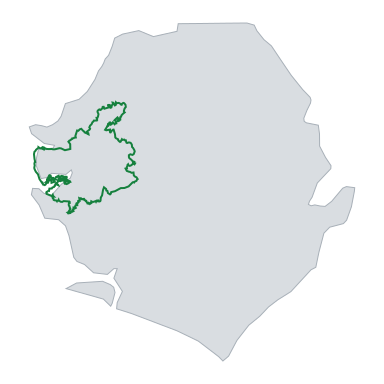 location of Port Loko, Northern, Sierra Leone
{"feature_id": "65957751B90762568654783", "entity_name": "Port Loko", "entity_type": "district", "adm_level": 2, "iso_a3": "SLE", "parent_name": "Sierra Leone", "parent_adm1": "Northern", "projection": "albers", "projection_center": [-12.858, 8.766], "detail": "fine", "context": "in_parent", "style": "outline", "palette": "green", "viewbox_px": 384, "rotation_deg": 0, "n_neighbors": 0, "source": "geoboundaries", "source_scale": "gbopen_adm2", "svg_char_len": 7267}
<svg xmlns="http://www.w3.org/2000/svg" viewBox="0 0 384 384"><path d="M354.7,187.7L354.4,191.1L351.4,206.8L346.6,220.2L343.4,223.6L329.7,227.2L323.9,233.2L318.9,252.3L315.8,267.3L311.0,269.8L290.9,291.6L277.7,299.9L268.5,307.0L259.8,316.2L248.8,325.2L237.0,340.3L228.6,356.1L222.9,361.0L218.6,356.6L198.3,341.1L177.0,330.8L131.7,313.6L116.6,308.8L117.2,302.6L122.4,291.4L113.9,278.2L117.2,268.6L113.9,268.6L107.4,274.4L93.6,272.8L84.5,264.5L77.0,261.5L73.8,257.4L69.0,235.7L65.5,225.8L58.6,219.7L44.8,218.2L39.1,205.0L31.4,194.7L32.6,188.4L38.9,188.7L43.8,193.3L51.7,195.2L61.5,184.1L70.3,178.1L72.3,172.8L71.3,169.9L65.9,174.4L51.4,173.3L47.7,177.3L41.2,178.6L36.2,165.6L36.5,157.9L38.5,149.5L53.2,148.1L54.5,145.3L44.3,143.5L31.6,133.7L29.3,126.9L35.6,124.7L41.7,125.7L46.9,127.1L52.6,124.7L57.9,121.0L61.1,116.3L65.4,103.6L79.1,99.3L87.3,91.5L95.0,79.4L98.5,70.9L101.7,66.7L103.7,63.0L105.2,59.0L108.6,55.3L112.2,46.3L114.7,38.1L122.6,34.1L138.8,30.6L153.4,36.6L177.0,31.3L178.2,23.7L199.9,23.5L225.5,23.2L246.9,23.0L254.2,25.1L256.9,30.8L264.0,39.7L271.4,45.9L280.5,59.5L291.2,75.3L302.7,89.6L310.1,97.3L311.0,100.0L310.5,103.1L306.9,110.4L303.8,118.3L304.2,121.3L306.3,122.8L318.3,125.2L319.5,133.9L319.6,146.1L325.5,157.4L331.0,165.7L330.8,168.7L317.3,183.0L312.1,197.2L309.5,201.2L308.4,204.4L311.1,205.8L314.8,204.9L320.1,206.0L325.1,206.4L331.7,201.3L342.7,188.2L346.4,186.6L354.7,187.7ZM112.2,303.3L110.7,306.2L103.4,299.1L66.1,288.6L76.6,283.0L102.6,281.3L110.3,284.6L113.7,287.3L115.0,292.5L112.2,303.3Z" fill="#d9dde1" stroke="#a8b0b8" stroke-width="1"/><path d="M121.6,104.0L121.7,104.7L121.3,104.8L119.7,103.3L118.7,102.9L116.9,103.2L116.0,102.4L115.9,104.6L115.6,105.1L114.8,105.4L113.5,102.8L112.6,102.6L113.0,104.1L111.9,105.2L111.4,107.4L110.6,107.8L109.2,107.2L110.3,105.7L109.9,105.1L109.1,104.9L108.1,105.0L108.0,105.3L108.8,107.1L108.4,107.5L104.4,108.7L103.7,106.8L102.9,106.8L102.6,107.0L102.4,108.3L100.7,109.9L100.3,110.0L99.7,109.4L99.1,109.5L97.8,110.6L97.5,111.3L97.6,112.2L98.5,114.1L98.0,116.5L97.4,117.9L96.6,117.9L97.2,120.0L96.9,120.5L93.8,120.6L93.4,121.5L92.4,122.3L91.5,124.3L90.1,125.6L89.3,127.4L90.1,128.7L89.7,129.5L87.0,131.6L87.1,132.4L88.3,133.2L88.5,134.3L87.4,133.8L86.8,133.0L86.1,133.1L84.6,132.4L84.6,131.9L82.9,130.6L81.3,128.8L79.8,129.3L78.3,130.8L77.1,130.5L75.4,135.9L75.8,137.5L74.2,137.7L73.7,138.2L72.2,138.4L72.1,139.0L71.2,139.4L70.4,140.3L69.5,140.5L68.4,141.7L70.2,144.1L70.3,149.0L64.9,150.2L61.1,148.4L59.4,148.2L54.9,149.3L52.9,149.3L51.8,149.0L48.2,149.1L46.2,148.8L44.9,148.2L44.3,149.5L43.9,149.5L41.7,148.4L39.9,148.2L38.5,147.2L38.5,147.7L36.0,149.8L35.6,150.7L34.5,151.7L34.0,154.1L34.5,158.9L35.2,162.1L34.7,162.3L34.4,163.8L34.7,165.5L34.3,167.5L34.4,168.7L35.8,171.7L38.0,174.3L39.5,179.1L42.8,184.0L42.9,183.7L43.1,184.2L44.8,185.1L45.6,184.5L46.3,183.2L46.5,181.9L46.2,181.9L47.0,181.2L47.0,179.4L48.3,177.4L49.1,175.5L49.5,175.3L50.6,175.6L51.2,177.8L53.3,177.9L53.9,179.1L55.0,178.9L55.9,177.1L58.5,175.8L58.6,176.3L59.0,176.6L60.4,176.6L61.5,175.9L63.0,176.2L64.4,176.9L65.2,176.7L66.6,176.8L66.7,177.4L65.6,177.8L65.2,178.2L65.3,178.5L66.3,178.9L68.2,180.7L69.9,181.2L70.3,181.9L69.6,182.1L68.8,183.0L66.9,183.9L67.3,184.2L67.3,184.6L67.1,184.2L66.1,184.0L65.7,183.5L64.8,183.7L64.4,183.0L64.4,181.1L63.6,180.5L63.5,180.1L63.3,180.5L61.8,180.5L60.5,181.2L59.4,181.0L58.8,180.4L58.8,179.9L58.5,179.9L58.0,180.7L58.2,181.0L57.9,181.8L56.4,183.2L58.3,185.0L58.4,185.3L55.5,184.0L54.9,185.8L54.6,185.7L54.1,186.9L52.4,187.5L51.8,188.5L49.4,188.6L49.1,190.7L48.7,190.5L47.1,191.9L46.6,191.9L46.3,192.6L46.6,193.9L51.4,195.9L52.4,195.6L52.8,194.9L53.1,195.9L53.8,196.6L52.3,196.5L52.2,196.7L52.8,197.7L52.8,198.3L53.5,198.8L53.7,199.9L54.6,200.3L56.4,200.5L56.9,201.2L57.1,200.7L58.1,200.8L58.6,199.8L58.8,200.4L60.5,201.7L62.2,201.9L63.6,201.1L69.4,201.5L69.7,201.9L69.7,203.1L68.9,203.3L68.7,204.7L68.9,205.6L69.5,206.2L69.4,206.6L70.1,208.2L69.9,208.6L70.3,209.0L68.9,211.1L68.8,211.9L67.8,212.4L68.2,212.6L67.9,213.0L68.2,213.4L70.3,213.0L70.2,212.0L71.2,211.4L71.9,211.9L73.5,211.1L73.2,210.6L72.5,210.4L72.5,210.1L73.3,209.2L73.5,207.6L74.1,207.9L74.6,208.6L75.8,207.9L75.0,206.6L75.6,205.3L77.3,205.2L77.3,204.7L76.4,203.6L76.6,203.2L77.5,203.2L78.5,202.4L78.1,201.6L78.2,200.9L79.7,200.8L79.3,198.2L79.9,198.5L80.8,198.2L81.2,198.4L81.5,199.2L83.6,198.9L83.6,199.4L84.3,199.3L84.6,200.2L85.3,200.3L85.7,201.0L86.3,200.9L86.8,202.5L87.5,202.7L87.6,203.2L88.2,202.8L88.7,203.5L89.0,203.2L89.4,203.6L90.0,203.4L90.1,203.8L91.3,203.0L90.9,202.4L91.2,202.1L91.3,201.3L92.4,201.9L93.4,201.9L95.6,201.1L96.0,201.8L96.6,200.6L97.7,200.5L97.8,201.0L98.4,200.7L98.7,201.4L99.3,201.5L100.2,201.2L100.5,200.7L100.8,197.6L102.1,195.3L103.0,190.1L104.0,187.3L106.1,189.0L106.3,190.5L107.4,190.9L107.9,193.0L110.0,194.4L110.8,193.7L111.2,192.1L115.0,191.2L120.8,188.1L124.4,188.0L128.6,186.4L132.7,182.3L133.3,182.2L134.1,182.5L134.4,181.8L136.4,180.9L137.2,179.2L137.6,179.0L136.5,177.3L134.7,176.4L133.8,175.3L133.5,172.5L131.5,172.8L130.1,171.9L128.9,171.7L126.8,170.9L125.6,168.6L127.0,168.4L126.7,167.3L127.5,165.9L127.4,165.1L128.1,164.3L128.5,165.3L129.7,165.9L131.0,165.4L132.6,164.2L132.9,163.0L134.5,164.3L135.1,163.3L134.0,162.8L134.3,161.8L132.6,161.2L131.4,159.8L129.3,158.1L128.9,157.0L128.9,155.2L130.3,154.3L132.5,154.9L133.7,154.1L134.7,151.5L134.4,150.3L133.1,148.0L132.1,147.0L131.8,144.5L130.6,142.8L128.9,142.4L127.1,143.0L126.4,142.6L125.8,140.3L125.0,140.4L124.3,139.6L122.6,139.9L121.9,139.2L120.6,141.7L120.1,141.9L119.8,141.4L119.3,141.4L118.2,140.3L118.1,139.3L116.1,138.3L115.3,137.5L115.0,134.3L113.6,129.6L113.2,129.6L111.8,130.7L110.6,132.4L110.1,132.3L109.9,131.6L110.0,129.6L106.2,130.3L105.1,129.8L106.9,127.0L107.1,126.3L108.2,125.9L108.5,124.2L108.0,124.3L108.1,123.8L109.3,123.1L109.5,122.5L110.2,122.4L110.9,123.0L109.7,124.0L110.1,124.7L110.6,124.8L112.2,123.6L112.9,122.4L114.6,124.2L114.9,123.7L116.1,123.4L115.7,122.8L116.2,121.9L115.0,120.4L114.5,120.3L114.6,120.1L117.5,117.4L118.8,119.1L117.6,120.2L118.0,121.2L119.4,120.6L119.6,120.1L120.3,119.7L120.2,117.2L121.1,116.7L121.4,115.4L122.9,113.8L124.7,112.4L123.9,111.6L123.9,110.8L124.6,108.5L125.8,107.0L125.5,104.8L124.2,103.2L123.3,102.9L121.6,104.0ZM67.9,181.0L65.3,181.0L64.9,181.5L65.2,182.6L66.4,183.6L68.2,183.0L69.2,181.9L67.9,181.0ZM52.8,179.9L52.3,179.5L51.3,179.8L51.5,182.8L54.7,181.7L54.1,181.0L54.4,179.9L52.8,179.9ZM64.8,179.0L63.0,177.9L62.3,178.4L59.9,179.2L62.0,179.1L62.9,179.6L63.8,179.3L65.1,179.5L64.8,179.0ZM49.7,177.9L49.3,176.7L48.8,176.8L47.4,179.9L49.0,179.1L49.7,177.9ZM49.4,180.4L49.3,179.6L48.6,179.7L48.8,180.4L49.4,180.4ZM47.9,182.8L48.4,181.8L48.4,181.5L47.4,182.0L47.5,182.8L47.9,182.8ZM60.8,178.2L60.4,178.2L59.3,178.3L60.2,178.8L60.8,178.2ZM43.7,147.3L43.2,147.5L44.4,148.0L44.2,147.7L43.7,147.3ZM53.6,179.0L53.2,178.3L52.9,178.5L53.2,179.0L53.6,179.0ZM44.7,148.4L44.4,148.2L43.5,147.8L44.0,148.4L44.7,148.4ZM66.4,179.4L65.9,179.0L65.6,179.3L66.4,179.4ZM47.6,180.1L47.9,180.5L48.0,179.9L47.6,180.1ZM42.4,147.3L42.1,147.5L42.6,147.7L42.4,147.3ZM56.4,179.5L56.6,179.5L56.7,179.1L56.4,179.5ZM44.5,148.8L44.6,148.5L44.2,148.5L44.5,148.8ZM49.0,176.4L49.3,176.2L49.2,176.0L49.0,176.4ZM43.2,148.7L42.8,148.5L43.2,148.7Z" fill="none" stroke="#15803d" stroke-width="2"/></svg>